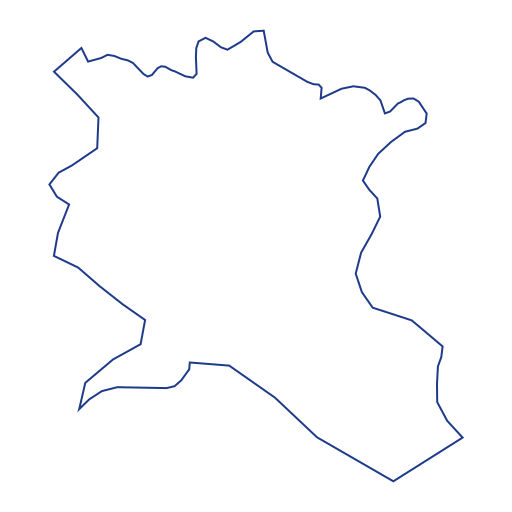 SVG path tracing the border of İmişli
{"feature_id": "AZE-1704", "entity_name": "İmişli", "entity_type": "District", "adm_level": 1, "iso_a3": "AZE", "parent_name": "Azerbaijan", "parent_adm1": "", "projection": "robinson", "projection_center": [48.046, 39.851], "detail": "fine", "context": "isolated", "style": "outline", "palette": "blue", "viewbox_px": 512, "rotation_deg": 0, "n_neighbors": 0, "source": "natural_earth", "source_scale": "10m", "svg_char_len": 1394}
<svg xmlns="http://www.w3.org/2000/svg" viewBox="0 0 512 512"><path d="M189.1,369.7L188.9,369.7L181.3,380.3L174.6,386.2L166.6,388.1L117.3,387.2L101.9,391.1L89.3,399.3L79.2,409.1L79.4,408.4L85.3,382.8L113.1,359.4L140.6,344.2L145.1,320.0L122.4,304.1L99.4,286.0L78.2,267.6L53.9,255.9L58.0,232.8L69.1,204.5L56.9,196.7L49.4,184.4L58.7,172.6L71.7,165.6L97.2,148.2L98.5,117.5L77.3,94.5L54.0,71.7L81.4,48.0L88.1,61.6L101.2,58.0L107.5,54.8L114.4,56.0L120.3,58.4L121.4,58.8L127.9,60.4L132.9,62.9L143.5,74.0L147.6,76.5L151.9,75.0L157.6,68.2L161.2,66.3L165.2,66.7L171.6,70.3L174.5,71.2L185.3,76.3L193.1,77.7L196.6,73.8L195.9,56.8L196.3,48.0L198.6,41.4L205.5,37.8L213.3,41.5L221.0,47.3L227.5,49.7L240.7,41.9L253.7,31.4L263.7,30.7L267.7,52.6L272.6,61.8L307.4,81.9L313.5,84.2L318.7,84.6L321.6,87.8L320.7,98.5L341.6,88.7L353.5,86.3L364.9,87.8L369.7,90.4L375.6,94.9L380.5,100.5L384.9,113.4L390.1,111.5L398.0,103.4L400.4,102.4L403.7,100.4L408.0,98.7L413.5,98.5L418.8,101.7L421.9,106.4L426.7,113.6L425.5,123.0L417.5,128.6L404.9,131.8L391.1,141.9L378.2,153.8L369.4,166.8L362.9,180.6L369.3,189.8L377.3,198.5L380.2,216.6L371.8,233.8L361.1,252.7L355.7,273.6L361.9,292.2L372.7,307.7L411.8,320.4L442.6,346.4L441.3,357.0L437.9,366.5L437.0,384.2L437.2,402.1L447.2,420.8L462.6,437.6L393.3,481.3L317.0,437.3L274.9,397.6L229.2,365.6L189.8,362.5L189.2,369.6L189.1,369.7Z" fill="none" stroke="#1e3a8a" stroke-width="2"/></svg>